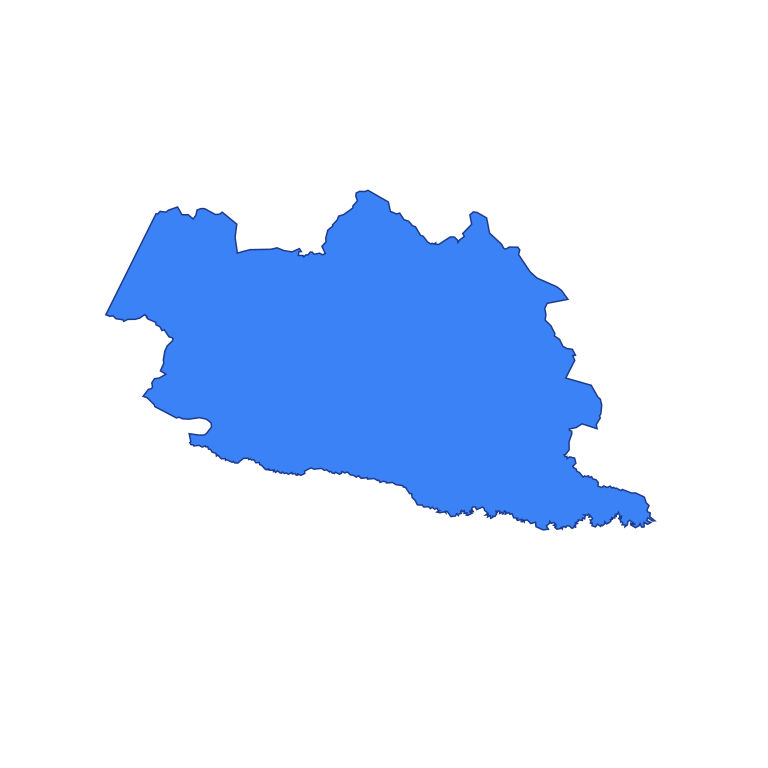 Ahafo Ano North, Ashanti, Ghana (Albers equal-area conic projection), rotated 232°
{"feature_id": "2480657B6504340506710", "entity_name": "Ahafo Ano North", "entity_type": "district", "adm_level": 2, "iso_a3": "GHA", "parent_name": "Ghana", "parent_adm1": "Ashanti", "projection": "albers", "projection_center": [-2.252, 6.91], "detail": "fine", "context": "isolated", "style": "filled", "palette": "blue", "viewbox_px": 768, "rotation_deg": 232, "n_neighbors": 0, "source": "geoboundaries", "source_scale": "gbopen_adm2", "svg_char_len": 6171}
<svg xmlns="http://www.w3.org/2000/svg" viewBox="0 0 768 768"><g transform="rotate(232 384 384)"><path d="M529.5,206.5L527.9,201.8L524.0,199.6L523.6,197.6L524.9,195.1L522.6,186.5L519.0,188.9L509.1,190.2L507.3,189.5L485.1,199.5L483.9,202.2L480.7,203.7L476.2,208.9L471.1,217.9L465.6,222.4L462.1,223.3L459.5,223.7L456.3,221.5L454.3,213.6L454.6,210.8L457.4,207.0L464.8,199.9L457.4,196.2L457.4,194.9L455.1,194.5L453.3,196.4L452.3,196.0L449.5,200.5L446.2,201.9L445.2,205.2L444.1,204.9L443.1,206.5L440.7,205.6L439.4,207.1L436.3,206.6L432.7,208.9L430.4,207.6L430.3,209.3L425.1,209.8L423.2,212.9L421.5,212.2L421.4,213.3L415.8,216.2L415.8,217.5L413.8,217.7L411.7,220.1L412.0,227.2L409.4,231.1L407.6,231.0L407.6,232.6L405.7,232.8L404.4,234.8L400.7,234.6L399.0,237.4L397.0,236.4L395.4,237.5L389.6,237.9L387.6,240.0L388.6,239.8L388.0,241.0L386.4,240.9L384.3,243.7L383.4,243.2L383.8,244.5L381.2,244.0L380.9,246.7L377.9,247.4L376.8,248.4L377.0,250.0L374.9,250.3L374.0,252.4L371.8,253.0L371.0,256.9L369.6,256.3L368.3,258.7L366.3,258.7L365.4,259.8L366.3,260.6L363.2,262.3L362.3,266.5L364.2,267.7L362.9,274.8L359.9,276.5L356.0,282.8L352.8,283.8L351.7,286.0L348.3,286.8L348.0,288.2L345.7,288.4L344.0,289.9L344.4,291.4L340.3,293.4L339.9,295.5L340.9,297.0L338.1,298.3L337.1,301.0L333.1,301.5L331.1,303.7L327.7,304.8L327.4,307.5L323.7,307.9L320.5,313.2L319.2,312.5L315.5,318.1L311.9,319.5L311.4,320.7L308.9,320.3L308.0,323.2L305.8,325.3L304.5,325.0L301.0,330.2L297.6,331.3L292.3,336.2L290.9,335.8L289.4,337.3L281.9,336.7L280.7,338.3L277.2,336.3L273.3,336.9L268.2,335.9L265.1,339.5L262.6,339.6L259.8,343.7L257.3,343.8L257.2,346.2L254.2,346.8L253.3,349.4L251.2,348.9L250.1,349.8L250.5,346.9L248.2,348.7L246.0,353.0L244.2,353.4L245.7,354.3L244.7,355.4L238.3,355.1L236.0,359.1L237.1,361.3L234.6,361.7L235.4,363.0L234.5,365.3L236.4,366.0L236.7,367.4L234.9,367.4L234.8,369.2L233.0,368.3L233.0,366.9L231.3,370.0L230.1,368.1L228.9,369.2L228.0,373.7L230.5,373.1L231.1,373.9L230.7,375.0L228.9,374.5L228.4,375.8L231.6,376.1L232.5,378.0L231.0,380.2L228.0,379.7L226.5,385.5L224.7,386.5L222.5,385.4L218.3,386.5L218.2,383.4L216.9,385.6L215.5,383.8L215.0,386.7L212.5,385.4L211.9,387.5L213.0,388.4L211.3,389.8L212.2,392.6L214.7,394.0L213.1,394.5L213.9,395.8L212.4,397.0L210.8,395.4L210.3,397.9L208.6,397.3L208.3,398.6L209.8,400.8L208.1,401.4L206.8,399.6L205.8,403.2L203.8,403.0L203.0,405.0L198.8,403.9L195.9,406.6L195.5,405.1L194.3,405.2L192.7,408.7L191.1,407.4L190.1,408.4L191.4,409.7L189.0,409.7L190.1,410.9L188.4,413.3L183.6,413.8L181.8,418.3L178.0,415.9L171.2,419.5L168.3,424.1L172.3,424.6L172.3,428.8L173.6,430.1L171.2,430.1L170.2,432.6L167.8,433.0L168.3,430.8L166.1,432.0L165.9,430.4L163.2,430.8L161.5,433.9L161.9,435.4L160.0,435.2L161.4,437.6L159.0,439.1L159.8,440.4L158.1,442.6L154.5,443.3L154.1,445.2L155.1,447.1L152.7,446.6L155.7,448.4L155.1,450.4L156.7,449.8L156.3,452.9L157.3,453.5L154.3,456.3L156.2,457.9L154.2,459.1L156.4,461.5L157.7,461.1L155.1,463.9L155.6,465.0L153.5,465.6L153.0,462.8L152.4,465.3L149.6,465.6L149.0,463.6L149.9,462.9L147.3,461.8L147.5,460.4L146.1,462.5L144.3,460.6L141.2,462.6L142.2,465.9L138.4,467.0L139.0,468.4L137.9,468.9L138.0,472.1L139.4,473.1L136.7,473.3L136.1,476.3L136.4,478.6L137.9,478.9L136.4,481.3L137.3,480.4L138.5,481.2L136.3,483.3L138.2,485.3L136.9,485.7L138.6,486.9L137.8,487.7L138.5,489.7L133.9,488.1L133.6,489.7L132.8,489.2L132.1,488.0L133.8,487.2L133.4,486.1L131.8,486.7L129.5,485.5L129.2,486.5L127.5,486.6L126.5,484.9L124.4,487.3L123.2,486.0L123.2,489.1L125.3,491.4L125.4,493.7L119.2,495.4L119.4,494.3L122.4,492.7L121.2,491.7L116.0,493.7L115.3,497.6L116.3,499.8L112.7,498.9L111.6,500.1L111.3,501.0L114.8,503.6L111.2,505.3L110.6,509.0L114.8,506.9L116.1,509.6L110.9,511.1L109.5,513.2L115.7,511.8L118.5,514.4L120.9,513.1L122.8,513.6L125.0,518.0L128.9,517.5L134.6,519.5L143.2,515.2L145.7,511.9L154.2,506.9L154.1,505.1L158.9,503.0L159.5,501.7L161.3,501.3L161.6,499.7L164.3,499.3L165.1,496.1L168.5,494.3L168.4,491.9L171.8,489.7L174.5,492.2L178.2,492.1L180.6,490.1L183.2,490.5L184.0,488.1L185.7,488.7L186.6,486.2L188.0,485.6L188.1,483.6L194.0,483.5L196.3,482.3L198.9,483.1L200.6,482.1L203.0,482.1L203.4,486.4L208.3,488.6L212.3,485.4L212.5,482.3L214.3,483.5L215.3,482.0L217.3,482.3L216.7,483.7L218.1,489.3L224.6,494.3L229.2,501.4L231.2,502.8L233.3,501.6L234.5,502.3L231.3,508.7L230.7,515.5L217.6,524.4L221.4,526.3L224.0,533.4L226.2,534.2L226.9,536.4L233.2,542.5L238.8,545.1L242.2,544.5L255.4,546.5L276.8,530.9L285.2,548.9L290.1,550.1L288.8,552.6L295.4,553.8L299.4,549.9L303.6,548.2L311.2,549.8L316.9,547.9L318.6,549.7L327.2,551.4L335.1,550.3L339.1,554.4L344.6,557.2L347.1,562.3L337.5,581.1L348.4,581.5L354.0,580.1L373.5,569.7L382.6,568.2L403.1,569.7L406.0,573.5L409.4,573.7L414.8,567.0L415.4,562.8L417.2,561.9L421.7,562.7L437.9,560.1L451.7,567.1L461.8,563.0L464.6,560.4L464.4,555.8L455.9,551.4L454.1,538.7L450.8,538.1L451.0,532.5L450.0,529.4L451.9,530.5L456.5,529.9L459.1,526.7L460.3,513.0L462.4,510.7L463.4,511.6L463.4,509.5L465.3,508.5L465.4,507.1L469.2,505.8L476.4,505.8L478.7,504.3L488.5,505.6L491.1,503.9L497.2,503.6L501.1,500.9L509.0,501.6L510.3,498.6L516.1,495.3L524.7,499.5L546.5,490.6L547.3,487.6L550.9,483.3L551.6,479.7L549.3,477.4L544.7,475.8L543.5,469.2L541.9,467.9L542.3,456.6L544.2,451.7L542.0,447.9L541.1,441.5L539.9,440.6L539.9,434.5L534.8,427.9L531.7,425.8L530.7,419.8L522.9,418.1L523.8,414.9L526.7,413.9L529.2,408.8L532.1,408.6L533.4,407.1L532.5,403.7L533.9,401.7L533.6,399.0L535.1,399.3L538.1,395.6L540.6,398.4L539.3,400.3L542.8,400.7L544.7,392.9L550.7,387.3L557.1,383.6L559.8,377.8L572.3,361.2L577.5,349.1L591.2,356.9L600.6,366.4L619.0,362.3L619.0,359.1L621.3,355.5L632.6,350.6L634.8,348.0L636.2,343.9L632.7,339.5L631.6,335.2L638.0,333.9L641.7,329.0L650.6,330.3L653.7,321.1L653.6,318.0L657.9,313.9L657.3,310.6L658.5,309.2L609.8,207.4L606.2,209.6L604.4,212.5L600.4,213.0L595.5,217.7L593.6,217.5L592.7,221.8L588.2,227.7L586.3,232.2L586.0,238.0L583.4,238.8L583.2,238.0L580.7,238.0L573.0,242.1L571.0,240.8L567.2,242.7L562.8,241.9L562.1,244.2L553.6,243.6L550.7,245.6L549.3,245.5L548.3,243.9L547.5,236.7L544.9,231.6L538.8,224.9L536.0,223.3L532.0,215.9L526.0,218.2L527.2,210.2L529.5,206.5Z" fill="#3b82f6" stroke="#1e3a8a" stroke-width="1.5"/></g></svg>